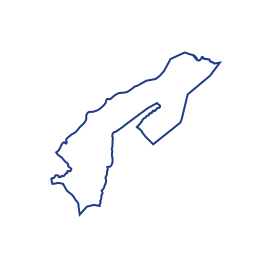 Skorradalshreppur, Vesturland, Iceland, rotated 296°
{"feature_id": "244011B18273074009309", "entity_name": "Skorradalshreppur", "entity_type": "district", "adm_level": 2, "iso_a3": "ISL", "parent_name": "Iceland", "parent_adm1": "Vesturland", "projection": "mercator", "projection_center": [-21.43, 64.486], "detail": "fine", "context": "isolated", "style": "outline", "palette": "blue", "viewbox_px": 256, "rotation_deg": 296, "n_neighbors": 0, "source": "geoboundaries", "source_scale": "gbopen_adm2", "svg_char_len": 5353}
<svg xmlns="http://www.w3.org/2000/svg" viewBox="0 0 256 256"><g transform="rotate(296 128 128)"><path d="M227.0,181.9L223.8,177.4L223.7,177.0L223.7,176.8L224.0,176.7L224.1,176.3L224.1,175.9L224.1,175.1L224.2,174.8L224.1,174.6L224.2,174.2L223.8,173.8L223.8,173.5L224.1,173.3L224.1,173.1L224.0,172.6L224.2,172.2L225.0,171.2L225.2,170.8L225.3,170.6L225.0,170.2L224.7,169.9L224.7,169.6L224.6,169.4L224.6,169.2L224.7,168.9L224.4,168.5L224.4,168.2L224.3,167.8L224.2,167.5L224.0,167.2L223.7,167.1L223.6,166.9L223.6,166.6L223.7,166.4L223.8,166.2L223.7,166.0L223.6,165.6L223.9,165.5L223.9,165.4L223.7,165.2L223.9,164.7L224.2,164.7L224.3,164.4L224.3,164.2L224.5,163.8L224.5,163.7L224.4,163.5L224.3,163.4L224.1,163.6L223.7,163.6L223.2,163.4L222.9,163.5L222.6,163.5L222.5,163.4L222.0,163.3L221.6,163.0L220.9,163.0L220.4,162.7L220.1,162.6L219.9,162.1L219.7,162.0L219.6,161.9L219.6,161.3L219.5,160.9L219.4,160.6L219.5,160.5L219.4,160.3L219.5,159.6L219.9,159.6L220.2,159.2L220.5,159.3L220.8,159.2L220.7,158.9L220.7,158.7L220.7,158.4L220.8,158.3L220.8,158.2L220.6,157.7L221.1,157.6L220.8,157.0L220.9,156.8L221.0,156.8L221.5,156.8L221.5,156.6L221.3,156.4L221.3,156.2L221.8,156.4L222.0,156.3L222.1,155.7L222.2,155.4L221.2,150.1L220.9,146.2L220.1,145.4L208.7,136.0L195.0,135.4L188.8,133.7L184.1,131.3L178.5,123.7L170.4,118.1L167.9,115.7L165.4,114.6L162.1,112.8L159.9,111.4L157.8,108.5L156.9,107.1L156.3,105.8L154.9,104.1L154.0,103.4L152.9,102.5L151.8,102.0L150.8,101.4L147.0,99.8L146.1,99.3L145.8,98.9L145.7,98.6L145.6,98.1L145.4,97.4L145.0,96.8L144.8,96.6L144.4,96.4L144.1,96.3L143.6,96.3L141.5,96.8L140.4,96.8L138.1,96.4L134.0,94.8L131.5,93.5L130.1,92.4L127.4,89.7L126.3,87.9L125.7,86.5L125.0,85.7L124.5,85.4L123.6,85.1L122.5,84.9L120.9,85.0L119.2,85.8L118.5,86.3L117.5,86.6L116.5,86.7L113.9,86.5L111.9,86.0L108.2,84.5L105.0,83.7L103.2,83.3L102.7,83.0L102.0,82.9L101.3,82.7L100.6,82.4L98.0,80.5L97.2,80.0L94.8,78.9L91.9,77.7L91.2,77.5L90.7,77.5L90.2,77.6L89.7,77.9L89.0,78.5L88.6,79.0L88.1,79.3L87.1,79.3L86.9,79.1L86.8,78.8L87.1,77.6L87.2,77.3L87.2,76.8L86.9,76.5L85.9,76.0L85.3,75.8L83.1,75.6L80.9,75.7L77.8,75.6L75.9,74.9L74.6,74.1L73.8,75.5L73.4,76.2L73.0,77.7L72.7,79.0L72.7,79.9L72.6,80.8L72.1,82.1L70.6,85.4L70.2,86.5L70.0,87.8L69.7,88.8L69.5,89.4L69.2,90.0L68.5,90.4L67.9,90.6L67.6,90.7L67.5,90.9L67.2,91.7L66.8,93.7L66.7,94.2L66.6,94.5L66.5,94.8L66.2,95.1L65.6,95.3L64.8,95.1L64.1,95.1L63.7,94.8L63.5,94.4L63.4,93.6L63.1,92.9L62.5,92.6L61.5,92.5L61.3,92.6L61.0,93.1L60.8,93.0L60.8,92.6L60.6,92.3L59.5,92.1L57.9,91.5L56.9,91.5L56.7,91.4L56.2,90.7L56.2,90.4L56.1,90.1L56.1,89.9L55.9,89.4L55.6,89.2L54.8,89.1L54.4,89.0L54.0,88.5L53.6,87.7L53.6,87.3L53.7,87.0L54.5,86.6L54.6,86.4L54.7,86.2L54.7,85.9L54.4,85.1L54.1,84.3L53.7,83.7L53.4,83.5L52.7,83.6L51.0,83.4L50.6,83.2L50.4,83.1L50.2,82.9L50.1,82.6L50.0,82.2L49.9,81.9L49.2,81.5L48.6,81.4L48.5,81.6L48.5,81.8L48.4,81.9L47.0,82.5L45.7,83.5L44.7,84.4L44.6,84.6L44.8,84.9L45.3,85.2L45.4,85.3L45.4,85.8L45.9,86.3L46.3,87.1L46.8,87.8L47.7,88.6L48.6,90.9L49.3,94.1L44.9,100.5L44.5,102.1L44.2,103.0L44.1,104.0L43.7,105.9L43.3,107.4L42.9,108.1L42.2,109.7L41.7,110.5L41.1,111.2L40.5,112.1L40.0,113.1L39.7,114.1L38.6,116.0L38.2,116.6L36.3,117.6L29.0,122.6L39.3,125.5L44.0,131.1L45.5,136.7L45.7,136.8L46.0,136.6L46.3,136.3L46.9,136.0L48.9,136.1L49.1,136.0L49.8,135.2L50.1,135.0L51.4,135.1L52.6,135.0L53.1,134.9L53.5,134.6L56.0,133.6L58.1,133.7L58.5,133.6L58.9,133.3L60.1,131.8L60.2,131.7L61.5,132.3L63.3,132.6L64.3,132.5L65.3,132.3L67.0,132.2L68.4,132.1L69.7,131.9L71.1,131.4L71.8,131.0L72.7,130.1L73.4,129.5L76.3,129.5L77.1,129.3L78.1,129.0L79.9,128.1L82.0,128.1L82.6,127.6L83.8,126.5L85.1,128.4L85.6,128.9L86.3,129.2L87.5,129.4L88.9,129.4L89.8,129.2L91.1,128.8L93.8,127.5L94.4,127.2L95.3,126.3L95.9,125.8L96.5,125.5L98.6,124.6L100.4,124.0L101.1,123.5L101.5,123.0L102.0,122.6L103.7,122.3L104.2,122.3L108.9,120.1L110.9,119.3L111.7,119.1L113.1,118.2L113.9,117.3L116.2,116.7L118.3,117.3L119.3,118.7L127.2,123.1L129.0,123.8L154.4,137.0L163.1,143.1L162.1,147.0L161.6,147.0L161.3,147.1L161.2,147.1L161.1,147.3L160.9,147.3L161.0,147.3L160.9,147.4L160.6,147.4L160.5,147.5L159.9,147.2L159.6,146.9L159.6,146.7L159.2,146.4L158.9,145.9L158.7,145.9L158.2,145.6L158.1,145.3L157.6,145.4L157.4,145.3L157.1,145.3L156.3,144.9L156.2,145.0L155.9,145.0L155.9,144.7L155.7,144.5L155.4,144.6L155.0,144.5L154.9,144.4L155.2,144.1L155.3,144.1L155.2,143.9L154.9,144.0L154.3,143.9L154.2,143.7L154.5,143.1L154.2,142.8L153.7,142.9L153.5,142.7L153.1,142.6L152.8,142.7L152.5,142.6L152.1,142.7L151.8,142.3L151.2,142.2L150.9,141.5L150.8,141.2L150.4,140.9L150.2,140.8L149.3,141.1L148.4,141.0L148.3,140.8L148.0,140.6L147.7,140.0L147.5,139.9L147.0,139.7L146.9,139.6L146.6,139.5L146.1,139.3L145.5,139.3L145.3,139.3L145.2,139.2L144.1,138.5L143.8,138.3L143.5,138.1L143.3,137.9L142.6,137.7L141.9,137.7L141.2,137.4L140.6,137.5L140.4,137.6L139.9,137.5L139.4,137.5L139.2,137.3L138.8,137.1L138.4,137.1L138.1,137.0L137.8,137.1L137.3,137.0L137.0,136.8L136.4,136.7L135.5,136.5L135.4,136.4L134.6,136.2L134.1,136.1L133.6,135.7L133.1,135.7L132.7,135.6L132.5,136.2L132.6,136.3L132.7,136.5L132.7,136.9L132.5,137.3L132.4,137.8L132.2,138.2L132.1,138.9L132.0,139.5L131.9,139.5L131.6,140.4L131.4,141.3L131.2,141.5L131.0,142.2L130.3,142.6L127.9,147.5L124.4,157.8L155.8,172.7L159.9,172.3L184.3,166.9L210.9,178.8L227.0,181.9Z" fill="none" stroke="#1e3a8a" stroke-width="2"/></g></svg>